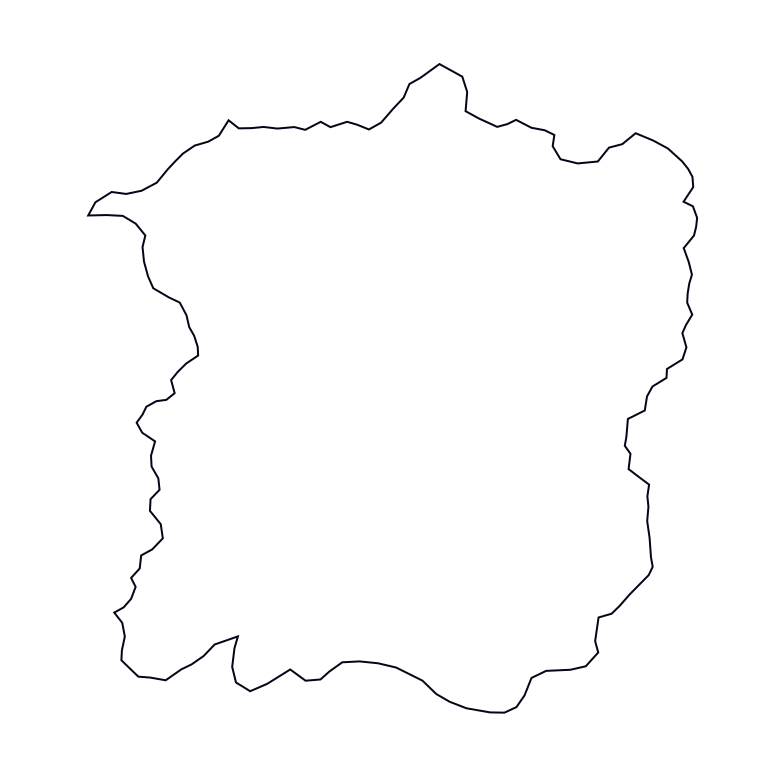 Tejupá, São Paulo, Brazil, rotated 93°
{"feature_id": "56859067B53062032582919", "entity_name": "Tejupá", "entity_type": "district", "adm_level": 2, "iso_a3": "BRA", "parent_name": "Brazil", "parent_adm1": "São Paulo", "projection": "natural_earth1", "projection_center": [-49.31, -23.348], "detail": "fine", "context": "isolated", "style": "outline", "palette": "ink", "viewbox_px": 768, "rotation_deg": 93, "n_neighbors": 0, "source": "geoboundaries", "source_scale": "gbopen_adm2", "svg_char_len": 2239}
<svg xmlns="http://www.w3.org/2000/svg" viewBox="0 0 768 768"><g transform="rotate(93 384 384)"><path d="M128.8,553.0L144.7,561.9L151.2,572.2L155.8,585.5L164.4,596.8L172.4,604.0L180.8,611.1L194.8,621.4L203.7,636.2L207.7,651.4L206.5,666.0L217.6,681.7L231.2,688.2L229.8,669.7L229.8,653.6L236.9,640.3L248.2,630.1L259.8,632.3L274.2,630.1L288.8,625.3L300.5,619.4L308.8,603.3L313.4,592.2L325.8,584.8L337.4,581.5L345.8,576.1L356.6,572.0L365.3,571.1L373.9,582.6L382.6,590.5L391.2,596.8L404.1,592.6L411.2,600.5L413.1,610.5L419.1,620.1L427.1,623.5L435.6,629.0L445.3,622.9L453.3,609.6L467.7,612.9L478.6,611.8L490.1,604.4L501.4,602.6L511.2,611.1L522.9,611.1L535.7,599.6L549.7,596.8L561.3,606.8L567.9,617.5L581.0,618.3L590.9,626.4L599.6,621.4L611.8,625.3L620.7,632.3L626.4,641.4L636.2,632.9L649.7,629.6L663.7,631.8L673.6,631.8L681.4,622.9L689.1,614.0L689.4,602.2L691.3,586.5L679.6,571.5L674.1,561.5L665.0,549.8L653.0,539.5L643.7,516.7L655.7,519.5L674.5,520.8L689.8,516.2L697.8,501.6L689.5,484.9L674.0,462.7L684.4,446.8L682.4,432.0L674.0,423.5L664.1,411.1L662.3,393.9L663.2,375.4L666.5,357.1L678.2,330.1L690.9,315.5L697.9,301.8L703.5,284.8L706.4,260.9L705.9,246.5L699.7,234.8L687.7,227.4L669.8,221.3L662.0,207.1L659.6,182.8L655.3,167.7L640.9,156.0L629.7,159.7L605.9,157.5L601.5,144.7L593.3,137.1L581.1,127.5L560.9,109.6L552.5,106.1L543.2,108.3L523.9,110.7L507.1,114.0L492.7,113.5L482.3,115.1L470.6,114.0L463.5,124.6L456.2,135.3L440.8,134.2L433.1,140.3L424.4,139.2L406.1,138.6L396.8,122.2L382.6,120.7L372.4,115.7L363.1,102.2L354.2,102.2L343.8,87.2L331.6,83.9L317.6,88.7L309.2,85.5L298.6,79.8L286.9,85.5L277.8,85.5L267.6,84.4L258.7,82.2L246.1,86.1L232.6,91.8L219.5,82.2L210.6,80.5L201.7,80.0L190.4,84.8L186.3,94.4L171.2,85.5L161.0,86.8L153.2,91.6L146.1,97.9L133.9,112.9L126.8,127.9L120.4,145.8L132.0,158.6L136.2,171.7L150.6,182.1L153.6,202.1L150.3,219.5L137.7,228.0L126.4,226.9L122.2,236.7L120.4,250.2L113.3,265.9L118.0,274.4L121.3,284.4L113.8,303.3L107.3,316.8L88.0,316.2L73.0,321.9L61.6,345.4L76.3,363.6L83.1,374.3L96.9,379.3L108.2,388.9L123.2,400.6L130.6,412.4L126.4,424.6L124.1,434.6L130.3,450.9L125.5,460.9L134.3,476.0L132.1,487.1L134.5,503.8L133.6,517.8L135.4,529.5L136.3,542.4L128.8,553.0Z" fill="none" stroke="#020617" stroke-width="2"/></g></svg>